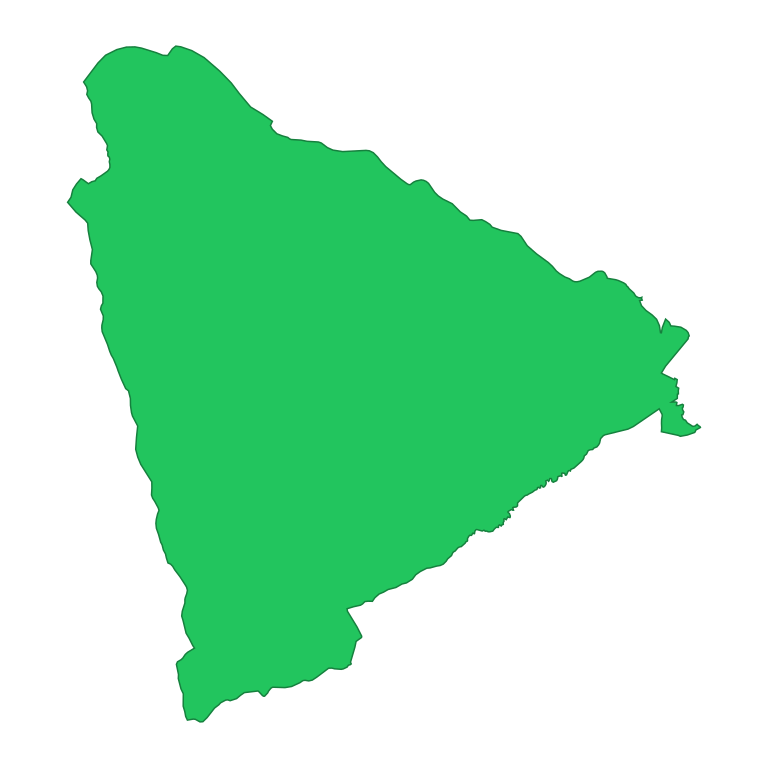 the district of Capu Campului, Suceava, Romania
{"feature_id": "2599482B47808933658388", "entity_name": "Capu Campului", "entity_type": "district", "adm_level": 2, "iso_a3": "ROU", "parent_name": "Romania", "parent_adm1": "Suceava", "projection": "mercator", "projection_center": [25.961, 47.503], "detail": "fine", "context": "isolated", "style": "filled", "palette": "green", "viewbox_px": 768, "rotation_deg": 0, "n_neighbors": 0, "source": "geoboundaries", "source_scale": "gbopen_adm2", "svg_char_len": 6073}
<svg xmlns="http://www.w3.org/2000/svg" viewBox="0 0 768 768"><path d="M347.1,667.1L348.4,665.2L350.5,664.6L351.2,663.9L350.5,662.2L354.9,647.1L356.1,641.4L361.5,637.5L361.7,636.2L357.1,627.1L347.4,611.2L347.1,608.7L353.7,606.7L360.5,605.2L362.6,603.9L364.8,601.6L368.0,601.2L372.4,601.3L374.9,597.7L379.1,594.0L383.6,592.1L388.1,589.5L395.9,587.5L402.0,584.0L406.5,582.9L412.4,579.2L415.7,574.8L420.3,571.5L426.8,568.2L430.1,567.9L436.6,566.1L440.2,565.5L443.3,564.1L446.2,561.2L447.7,558.8L451.5,555.6L452.6,553.0L453.5,551.9L455.2,551.0L457.8,547.9L459.5,546.9L461.3,546.6L465.1,543.2L465.9,541.8L467.2,541.2L467.5,540.8L467.5,538.5L468.7,536.4L469.7,535.3L471.3,535.4L471.8,535.0L472.6,533.3L473.1,533.1L474.1,533.8L474.5,533.6L474.9,531.1L475.9,529.8L476.7,529.5L482.2,531.0L484.0,530.2L485.2,531.2L486.7,531.1L488.2,531.8L489.8,531.8L492.8,531.1L494.3,529.1L496.2,527.3L498.4,527.4L498.6,525.5L499.0,525.2L499.5,524.9L501.2,526.0L502.1,524.8L503.3,524.4L503.2,522.6L504.0,521.2L503.8,519.1L504.6,518.7L506.2,519.7L507.8,517.0L509.5,517.5L510.0,517.5L510.2,517.1L510.3,516.0L509.4,513.5L508.2,512.6L507.9,512.0L508.1,511.5L511.4,509.5L512.7,510.2L513.5,510.2L512.8,507.6L513.3,507.3L516.1,507.0L516.9,506.5L517.5,505.8L517.6,502.8L524.5,496.1L525.7,495.4L527.4,495.0L528.4,494.2L532.5,492.1L534.9,490.2L536.7,489.6L537.2,488.9L537.5,487.7L538.2,487.3L539.7,488.1L540.5,487.8L540.4,486.3L540.8,485.5L541.8,485.5L542.5,486.7L543.7,487.1L545.1,485.8L545.9,484.3L546.2,482.9L545.7,481.0L547.6,480.1L548.6,481.3L549.1,480.7L549.8,478.6L551.1,478.5L551.6,479.3L551.7,480.7L552.2,481.6L553.3,482.2L556.6,480.7L557.4,479.2L557.9,476.6L560.5,475.8L561.5,476.4L561.9,476.3L561.7,473.5L562.1,473.0L564.7,473.3L565.0,473.7L565.1,474.8L565.6,475.2L566.5,474.9L567.9,471.6L568.5,470.8L569.1,470.5L570.4,471.0L570.8,469.4L574.0,468.0L581.6,461.2L583.0,459.6L583.8,458.1L584.3,455.9L586.5,454.1L588.2,450.6L590.0,449.8L592.7,449.5L594.0,448.0L596.9,446.9L598.7,444.7L599.6,443.0L600.6,438.6L603.4,435.6L605.0,434.8L628.0,429.1L633.4,426.5L659.2,408.8L662.1,414.4L662.2,415.9L661.6,419.6L661.5,423.3L661.7,428.0L661.4,431.7L678.4,435.4L680.3,436.3L687.4,435.0L694.7,432.4L695.2,431.7L695.9,430.0L700.4,427.5L700.0,426.6L698.5,425.7L697.1,424.3L694.9,426.1L692.8,426.4L687.2,422.8L685.5,420.2L683.5,419.5L682.3,417.4L681.8,415.9L681.7,414.9L682.9,414.7L683.8,411.9L682.6,409.9L682.4,407.8L683.1,407.1L683.4,405.0L682.4,404.3L678.5,405.6L676.4,405.5L676.9,402.5L675.9,402.0L671.6,402.1L677.3,398.4L677.4,394.2L678.4,393.9L678.3,390.7L678.7,388.2L675.9,386.5L676.9,382.8L677.2,379.6L674.8,378.3L674.4,379.6L662.7,373.9L661.4,373.0L665.6,366.1L688.1,338.9L688.3,337.1L689.2,335.9L688.1,332.6L686.3,330.4L680.9,327.2L674.6,326.2L670.8,325.9L669.6,323.1L668.9,322.0L665.6,319.1L662.3,327.6L661.4,332.8L660.5,332.7L659.4,325.6L656.6,319.3L652.3,315.1L646.0,310.5L641.5,305.7L639.6,300.6L642.2,300.1L641.6,298.4L641.8,297.3L640.5,297.8L638.5,297.7L636.3,296.5L635.5,295.8L633.8,293.0L629.2,288.8L627.7,286.7L626.7,286.0L625.9,284.4L623.7,282.9L618.6,280.6L615.7,279.7L607.3,278.3L606.9,276.7L604.7,272.8L603.1,271.6L601.9,271.2L597.9,271.3L595.5,272.3L589.3,277.2L579.9,281.2L577.0,281.8L574.7,281.7L572.7,281.0L569.3,278.7L564.9,277.0L559.5,273.6L556.3,271.0L552.4,266.3L548.4,262.6L536.4,253.8L527.2,245.7L521.1,236.5L517.9,233.6L501.2,230.4L492.2,227.2L489.9,224.4L485.6,221.6L481.8,219.7L473.2,220.4L469.9,220.2L466.6,216.1L460.2,211.8L452.2,203.7L442.9,199.1L438.2,195.9L434.7,192.4L428.5,183.3L426.1,181.4L423.6,180.3L421.1,179.9L416.0,181.0L413.6,182.1L410.2,184.7L408.8,184.6L407.3,183.9L400.9,179.3L385.7,166.6L381.1,161.6L377.5,156.9L373.3,152.7L369.4,150.8L366.0,150.4L342.7,151.6L332.9,150.1L327.4,147.6L321.3,143.0L318.5,142.0L307.0,141.3L301.0,140.1L291.1,139.5L289.5,138.8L287.8,137.4L282.4,135.9L276.9,133.8L272.3,129.2L270.4,125.6L272.4,121.3L262.9,114.5L250.6,107.0L239.1,93.3L231.3,83.0L219.9,71.3L204.1,57.6L191.8,50.6L180.8,46.8L175.8,46.1L172.4,48.8L167.7,55.5L162.8,55.3L156.3,52.7L141.5,48.1L135.0,46.9L126.4,47.1L116.8,49.6L105.6,55.2L98.1,62.8L83.6,82.0L86.6,86.8L87.6,90.8L86.8,94.4L88.7,98.0L90.9,101.2L91.6,104.0L92.1,112.8L94.0,119.1L96.7,123.6L96.6,127.5L97.9,132.0L102.1,136.1L106.5,143.3L107.5,145.6L106.8,149.9L108.0,151.9L107.8,154.1L107.9,155.9L109.3,157.2L109.8,159.1L109.3,161.8L109.9,164.6L109.9,167.5L109.0,169.4L107.5,171.2L100.9,175.9L96.8,178.3L95.2,180.8L91.8,181.7L88.4,183.7L82.9,179.7L81.0,178.7L76.5,184.0L72.8,189.8L71.0,197.3L67.6,202.3L76.0,212.1L85.1,220.0L87.7,223.2L88.2,230.6L89.9,239.8L92.4,249.6L90.8,260.6L90.8,263.9L95.8,271.6L97.3,275.3L97.6,278.0L96.8,282.4L97.4,286.3L98.9,288.9L101.2,291.7L103.0,296.0L102.9,303.2L101.4,305.7L100.5,309.2L103.3,315.9L103.2,319.7L101.9,325.2L101.8,327.9L102.2,331.7L107.5,344.4L109.7,351.2L111.3,355.1L113.3,358.5L116.9,367.2L118.0,370.5L121.3,379.0L125.7,388.6L128.5,390.8L130.4,398.5L130.5,405.4L131.5,412.6L132.5,416.1L137.7,426.0L136.5,437.3L135.7,449.3L137.8,457.2L140.8,464.4L151.8,481.8L151.9,488.2L151.5,495.0L152.7,498.3L154.8,501.5L158.2,507.8L159.0,510.4L157.6,513.9L156.3,519.3L155.9,523.3L156.4,528.3L158.6,534.5L160.7,542.2L162.1,544.8L163.4,550.0L165.5,553.9L166.4,558.0L168.0,563.0L170.6,564.1L172.7,566.3L174.8,569.9L179.9,576.6L185.2,584.8L186.6,587.2L187.4,590.3L186.7,593.8L185.3,597.6L184.9,599.5L184.9,603.0L182.3,611.2L181.7,616.0L183.1,620.7L186.1,633.2L189.1,638.2L192.8,645.6L194.5,648.1L187.6,652.3L185.3,654.4L182.8,658.1L181.1,659.7L177.5,661.8L176.4,664.3L178.5,674.5L178.3,678.5L181.0,688.9L183.3,693.7L183.2,706.2L184.8,711.6L185.7,716.5L187.4,720.1L193.3,719.1L195.3,719.3L200.0,721.9L202.9,721.7L207.1,717.6L214.5,708.1L218.8,704.8L220.6,702.8L225.7,700.1L227.9,699.9L230.1,700.7L236.6,698.6L240.5,695.3L244.4,692.6L257.9,691.0L259.0,691.8L262.4,695.5L263.5,696.2L264.6,696.2L267.7,692.9L268.5,691.2L270.0,689.3L271.3,687.9L272.7,687.2L285.0,687.6L291.6,686.5L299.9,682.7L302.9,680.6L305.0,680.3L308.8,680.9L312.3,680.1L316.7,677.2L328.6,668.2L331.9,668.1L334.5,668.8L341.2,669.3L343.3,668.9L347.1,667.1Z" fill="#22c55e" stroke="#15803d" stroke-width="1.5"/></svg>